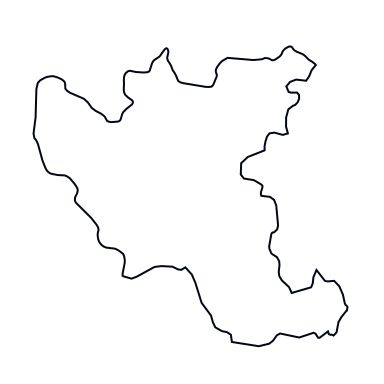 the border of Alessandria, rotated 183°
{"feature_id": "ITA-5439", "entity_name": "Alessandria", "entity_type": "Province", "adm_level": 1, "iso_a3": "ITA", "parent_name": "Italy", "parent_adm1": "", "projection": "orthographic", "projection_center": [8.655, 44.843], "detail": "fine", "context": "isolated", "style": "outline", "palette": "ink", "viewbox_px": 384, "rotation_deg": 183, "n_neighbors": 0, "source": "natural_earth", "source_scale": "10m", "svg_char_len": 3732}
<svg xmlns="http://www.w3.org/2000/svg" viewBox="0 0 384 384"><g transform="rotate(183 192 192)"><path d="M117.2,41.5L144.3,44.3L145.7,51.5L149.8,53.9L154.8,54.6L161.7,58.1L163.6,61.8L164.1,62.4L166.6,69.7L176.6,81.8L183.8,101.3L187.8,109.5L194.7,116.4L198.6,113.7L202.0,114.0L207.6,116.4L218.7,116.4L225.5,115.2L243.0,104.4L247.9,102.3L256.0,104.2L256.9,104.7L257.0,107.0L255.5,117.5L255.5,119.3L255.6,120.9L256.0,122.5L256.3,123.9L256.8,125.1L257.4,126.4L258.0,126.9L262.1,129.7L264.2,130.7L266.1,131.4L274.8,132.0L277.3,132.9L279.4,134.3L279.9,134.8L281.4,136.4L282.4,137.9L283.2,140.0L284.0,143.9L283.9,146.2L283.3,149.6L284.0,151.8L285.5,154.2L291.1,160.6L307.0,174.9L307.9,176.1L308.5,177.6L308.5,180.2L308.0,181.7L306.7,184.5L306.4,186.1L306.2,187.7L306.5,189.3L307.8,191.5L309.8,194.1L314.7,199.3L317.6,201.1L319.9,201.9L327.0,201.9L333.8,202.9L335.1,203.5L336.3,204.2L337.3,205.0L338.6,206.6L339.8,208.7L342.9,215.4L348.3,231.7L349.9,234.8L351.2,236.6L352.2,237.5L353.3,242.2L352.1,258.3L352.8,286.7L351.7,292.8L349.5,295.5L345.8,297.9L343.0,299.3L338.4,300.3L336.7,300.4L332.6,299.5L328.5,297.9L327.0,297.0L325.8,296.1L324.9,295.0L324.4,293.7L324.2,292.1L323.9,288.6L322.1,286.6L319.0,284.7L304.7,279.4L300.6,275.9L296.4,270.6L292.3,267.9L287.2,265.6L284.9,264.1L283.2,262.8L280.5,258.5L278.6,257.8L276.2,257.6L269.8,258.4L268.1,259.2L267.4,260.1L267.0,261.0L265.7,266.4L265.2,267.5L264.8,268.2L261.6,271.8L256.5,276.3L255.9,277.4L255.7,278.7L256.1,279.8L257.0,280.7L260.6,282.9L263.7,285.5L264.4,286.6L265.0,288.0L265.4,289.5L265.5,291.2L265.6,296.8L265.9,300.2L265.9,302.0L265.8,303.7L265.3,305.6L264.3,307.4L262.0,309.4L260.2,309.8L254.2,308.9L246.7,308.8L243.3,309.2L241.1,310.1L240.5,311.3L238.9,317.5L238.4,319.0L237.8,320.2L237.0,321.3L236.0,322.3L231.6,325.5L230.8,326.6L229.2,329.3L226.5,333.3L225.6,334.0L224.9,334.2L224.1,333.7L223.4,332.7L223.0,331.3L223.0,329.7L223.8,325.1L223.6,323.6L223.1,322.2L220.8,319.0L219.3,316.5L217.6,312.6L215.2,309.4L213.8,306.9L212.6,304.2L212.0,303.0L211.2,301.9L209.5,301.0L207.1,300.3L183.8,297.7L180.5,297.8L178.1,298.2L177.1,299.1L176.4,300.2L175.3,303.1L174.9,304.6L173.8,307.3L173.4,308.8L173.3,310.2L173.8,311.5L174.3,312.7L174.6,314.1L174.5,315.5L174.0,316.9L173.4,318.2L171.1,321.7L168.9,324.3L163.6,327.8L137.6,327.0L129.2,328.2L126.2,329.6L123.8,329.6L121.7,329.1L119.1,327.8L117.5,327.9L116.2,328.4L111.9,331.6L111.0,332.5L110.4,333.4L109.9,334.1L109.4,335.3L109.1,336.6L108.0,338.3L106.4,340.1L102.9,342.3L101.0,342.5L99.7,341.8L98.9,340.7L98.1,339.7L97.1,338.8L94.6,337.5L89.1,335.6L87.6,334.8L85.4,333.1L82.5,330.4L77.8,327.7L75.6,326.0L75.0,325.3L78.9,319.9L81.1,313.6L83.8,309.1L94.0,309.7L99.9,307.0L103.3,302.4L100.7,296.9L98.3,296.4L92.3,296.8L90.2,294.5L89.9,290.7L91.2,287.1L93.5,284.4L95.8,283.3L100.1,279.6L101.9,271.4L101.5,262.2L99.3,255.5L104.3,253.8L112.9,255.6L117.7,254.6L119.9,251.4L121.2,246.7L121.9,241.6L121.7,237.4L138.1,229.9L144.4,223.3L144.2,212.0L140.9,208.2L130.9,207.1L123.0,203.0L121.9,201.7L122.0,199.6L122.9,196.5L123.2,193.7L122.5,191.8L113.9,191.2L109.7,188.5L107.2,183.1L104.3,163.2L104.8,159.9L105.3,158.8L107.8,156.2L108.3,155.9L108.6,155.8L109.4,155.8L109.7,155.6L110.1,155.2L110.3,154.8L110.6,153.9L112.1,141.8L111.8,139.5L109.5,134.7L103.7,131.3L101.3,127.4L100.8,123.4L101.2,116.6L100.4,112.6L97.6,108.4L90.1,102.1L87.2,96.4L68.0,103.1L66.6,107.3L66.3,113.3L63.6,120.6L54.6,110.2L51.8,109.8L45.4,110.7L40.0,105.6L35.9,97.4L33.6,88.9L32.7,87.2L31.5,86.4L30.7,85.1L31.1,81.6L31.7,81.3L36.2,75.0L38.9,69.8L40.3,59.4L43.1,56.1L45.0,56.8L46.6,56.7L47.9,57.2L48.9,59.9L56.9,53.1L58.4,53.1L61.3,57.0L63.2,57.8L77.3,52.3L96.6,55.3L99.7,53.4L103.4,47.6L107.1,44.5L117.2,41.5Z" fill="none" stroke="#020617" stroke-width="2"/></g></svg>